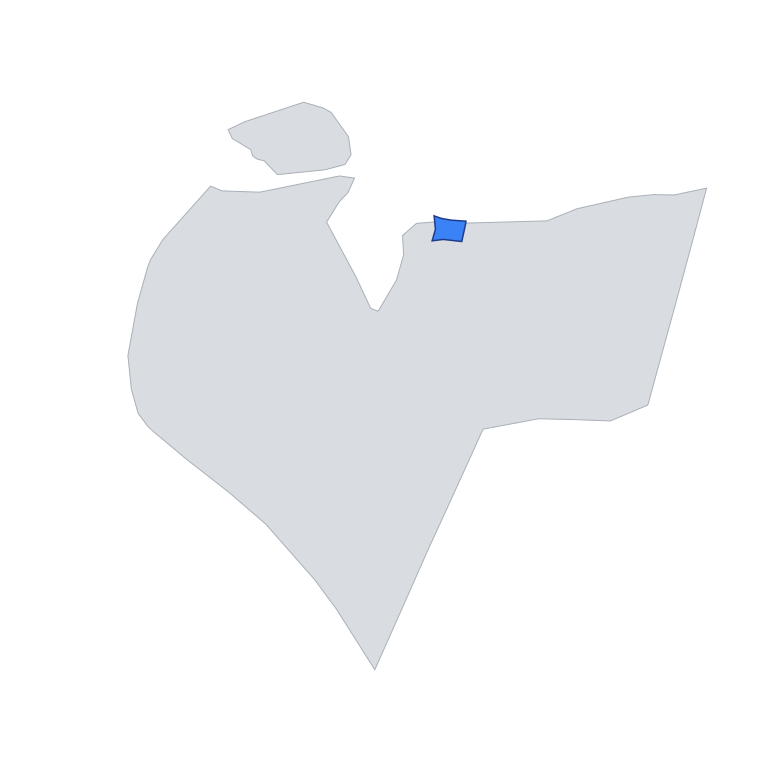 Mubarak Al-Kabeer highlighted on a map of Kuwait, rotated 286°
{"feature_id": "KWT-1666", "entity_name": "Mubarak Al-Kabeer", "entity_type": "Province", "adm_level": 1, "iso_a3": "KWT", "parent_name": "Kuwait", "parent_adm1": "", "projection": "albers", "projection_center": [48.072, 29.26], "detail": "fine", "context": "in_parent", "style": "filled", "palette": "blue", "viewbox_px": 768, "rotation_deg": 286, "n_neighbors": 0, "source": "natural_earth", "source_scale": "10m", "svg_char_len": 1170}
<svg xmlns="http://www.w3.org/2000/svg" viewBox="0 0 768 768"><g transform="rotate(286 384 384)"><path d="M661.2,640.1L610.6,641.1L546.7,642.1L495.0,642.7L436.5,643.4L410.9,611.8L402.4,577.4L393.2,542.1L367.9,491.7L282.6,479.0L237.3,472.1L162.8,461.8L106.8,453.9L154.5,400.3L176.7,371.4L216.8,308.8L237.4,264.1L257.4,214.5L274.5,175.9L278.1,168.8L287.9,155.8L309.6,142.5L340.7,130.0L393.4,124.8L430.3,124.6L438.7,125.2L461.9,131.6L526.4,162.8L525.0,175.1L534.1,211.6L554.8,251.4L571.7,283.8L573.8,298.9L558.3,296.7L546.4,290.6L523.7,284.2L479.8,327.0L453.1,350.3L452.3,358.3L487.7,367.4L513.7,367.2L531.9,360.9L547.3,370.9L557.4,397.4L561.4,418.9L585.7,495.6L605.8,521.4L630.9,567.2L640.3,590.8L645.7,610.8L661.2,640.1ZM611.9,281.7L595.4,289.1L584.3,286.0L573.6,268.1L555.9,223.8L565.5,207.3L565.2,200.2L567.1,194.8L572.5,191.4L578.1,170.5L585.6,164.1L598.0,178.2L632.7,229.1L632.5,249.9L630.5,258.3L611.9,281.7Z" fill="#d9dde1" stroke="#a8b0b8" stroke-width="1"/><path d="M559.5,385.8L559.3,387.4L559.0,393.5L560.0,403.3L563.1,417.9L560.6,418.3L542.4,419.5L539.3,401.1L534.9,390.8L546.9,390.8L559.5,385.8Z" fill="#3b82f6" stroke="#1e3a8a" stroke-width="1.5"/></g></svg>